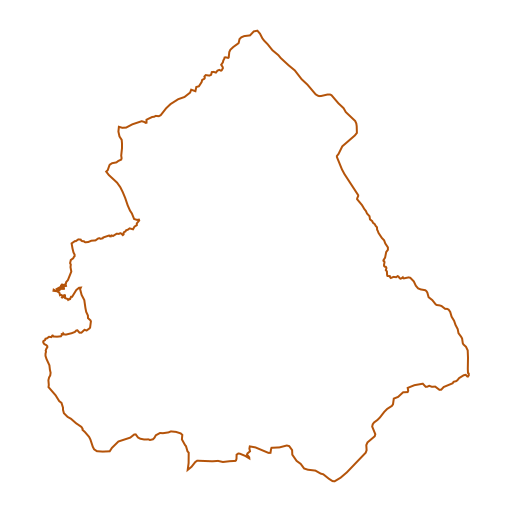 outline of Visinesti, Dâmbovita, Romania
{"feature_id": "2599482B49145117460111", "entity_name": "Visinesti", "entity_type": "district", "adm_level": 2, "iso_a3": "ROU", "parent_name": "Romania", "parent_adm1": "Dâmbovita", "projection": "albers", "projection_center": [25.566, 45.128], "detail": "fine", "context": "isolated", "style": "outline", "palette": "amber", "viewbox_px": 512, "rotation_deg": 0, "n_neighbors": 0, "source": "geoboundaries", "source_scale": "gbopen_adm2", "svg_char_len": 5911}
<svg xmlns="http://www.w3.org/2000/svg" viewBox="0 0 512 512"><path d="M468.7,373.5L468.0,373.0L467.8,368.9L468.0,357.8L467.7,350.4L466.0,346.8L463.4,344.4L462.8,343.3L462.1,338.5L461.1,336.7L458.5,333.2L457.7,329.1L455.5,324.9L454.1,320.8L451.6,316.7L450.2,311.9L448.6,309.6L447.1,308.9L445.2,308.9L441.5,306.0L439.6,305.4L436.7,305.0L435.7,304.4L432.3,300.1L428.6,297.2L427.3,292.5L426.3,291.0L425.2,290.2L420.7,289.4L418.1,288.4L415.8,285.7L413.8,281.4L410.3,277.8L408.6,277.4L403.8,278.4L403.2,278.1L402.8,277.3L401.6,278.3L400.4,278.7L399.7,278.2L398.5,276.6L397.7,276.1L396.2,277.2L393.5,276.9L390.8,278.0L390.2,277.4L389.8,276.1L387.5,276.0L387.1,275.0L386.9,271.4L385.8,270.1L386.4,268.2L386.3,267.6L385.8,266.8L384.8,266.7L384.1,266.0L384.0,265.0L384.5,262.2L384.3,261.4L383.6,261.1L383.4,260.3L385.1,257.6L386.2,252.0L387.9,249.8L387.9,247.4L385.3,243.5L384.1,240.3L381.8,237.9L378.5,232.9L377.7,230.7L377.1,229.7L377.0,227.5L376.7,226.9L375.8,226.1L374.7,224.1L373.0,222.8L372.2,221.1L370.0,219.4L369.5,216.2L367.0,213.5L365.9,211.0L364.3,209.0L362.0,205.1L357.1,199.2L357.2,198.3L358.2,196.0L358.2,195.2L344.4,174.0L341.9,169.3L336.9,157.0L336.9,156.0L338.5,154.0L342.3,146.3L354.8,135.5L356.9,132.9L356.7,126.2L356.3,123.5L355.2,121.0L345.8,112.1L343.6,108.2L338.4,103.3L331.5,95.2L330.0,94.5L327.6,94.5L321.1,96.0L319.1,96.1L317.7,95.6L315.6,94.3L307.4,84.6L301.6,79.2L294.8,70.4L288.6,65.3L280.7,58.0L278.4,55.2L272.4,50.2L267.6,44.2L264.1,40.6L262.4,38.4L260.0,33.7L257.4,30.7L253.8,31.4L250.0,35.4L244.2,36.1L241.3,37.3L239.5,39.1L238.7,42.9L238.4,43.3L233.4,46.9L230.4,49.7L229.3,52.0L228.7,57.5L228.2,57.9L225.6,57.3L224.6,57.5L224.3,58.7L223.3,60.5L222.9,62.3L221.2,64.8L222.6,66.9L222.9,68.1L221.7,70.3L221.0,70.7L219.3,69.9L217.5,70.6L215.9,72.6L213.7,71.9L211.8,72.1L211.1,74.8L209.4,75.6L205.7,75.1L204.4,76.5L204.8,77.9L204.3,78.8L202.2,79.9L201.6,82.1L198.9,86.3L196.3,87.0L195.4,91.2L191.2,89.7L190.1,92.6L184.5,97.0L178.2,99.2L170.5,104.1L166.1,108.3L160.7,115.2L158.8,116.2L155.7,115.9L154.3,116.7L152.1,117.0L146.5,119.7L146.5,122.7L145.7,122.9L144.1,121.9L141.7,121.2L132.4,124.3L126.1,127.6L122.3,127.8L118.9,126.8L118.4,131.6L119.5,136.5L121.7,139.9L122.0,143.5L122.0,148.2L121.2,155.6L121.6,158.2L121.2,159.6L118.4,160.9L116.4,162.4L112.1,163.2L109.9,164.6L109.5,165.1L107.7,170.2L106.2,171.6L108.8,175.0L117.1,182.7L120.3,187.2L122.7,192.0L125.2,198.0L127.7,205.4L130.0,210.6L131.9,213.5L134.1,219.0L137.0,219.9L138.9,219.6L139.2,220.5L136.8,223.4L136.8,225.2L134.5,226.6L133.0,229.3L129.6,228.4L127.7,229.8L126.2,230.2L125.4,231.5L124.2,232.0L123.6,232.8L123.6,234.4L122.8,235.1L121.3,233.6L120.3,233.2L118.8,233.9L116.7,233.7L113.0,236.0L111.6,235.4L111.1,235.6L110.8,236.4L109.8,236.3L109.1,235.5L103.2,237.5L102.7,238.3L100.5,238.8L99.4,238.2L98.1,238.5L95.5,240.4L91.4,240.7L88.3,242.0L85.5,242.3L84.6,242.0L84.0,241.3L82.1,241.1L81.3,240.6L80.7,239.6L78.3,239.4L75.9,241.1L74.9,241.1L71.6,243.4L72.5,248.5L73.5,252.5L74.6,254.6L74.6,256.2L73.9,256.9L73.2,258.3L70.8,260.0L70.1,263.1L70.8,264.6L70.5,267.1L71.3,271.6L67.9,280.1L66.1,282.2L66.0,283.3L65.3,284.1L65.7,284.6L66.0,285.9L64.6,286.1L64.6,285.2L62.0,284.5L61.0,285.6L60.9,286.7L56.9,288.9L57.7,289.6L58.6,289.6L59.2,288.2L60.3,288.7L60.8,288.0L61.8,287.7L61.8,286.5L63.5,285.8L64.0,285.9L63.6,286.9L64.0,288.4L63.9,288.9L60.0,288.9L59.9,289.7L59.5,290.1L55.5,290.7L53.7,289.7L53.5,290.8L57.4,291.3L58.1,292.0L59.3,292.5L60.0,295.2L60.9,294.8L62.8,295.8L62.5,296.6L61.9,297.3L62.2,297.6L63.6,297.0L63.5,295.8L63.7,295.4L64.7,295.1L65.0,295.3L65.1,298.1L67.4,298.9L68.1,299.9L69.0,299.1L69.3,299.4L70.1,299.1L71.0,296.8L72.1,296.8L76.3,290.0L79.0,287.8L80.8,287.6L80.1,289.1L81.6,294.9L84.3,300.1L85.4,307.9L86.2,311.9L87.9,315.5L88.0,318.1L90.5,320.4L90.9,321.4L90.1,327.5L89.6,328.3L86.6,330.5L84.5,329.8L81.4,332.7L79.5,332.7L77.4,330.3L76.3,330.5L74.8,332.0L71.7,333.2L65.9,334.6L64.0,334.4L63.2,333.4L62.8,334.4L61.8,334.2L61.8,335.0L60.9,336.3L57.0,336.7L53.5,336.5L52.7,335.5L52.3,335.6L51.4,337.1L49.0,336.8L46.9,338.4L45.5,338.7L45.0,340.1L43.4,341.1L43.2,341.7L43.3,342.6L44.3,344.1L46.4,345.2L47.3,346.2L47.3,347.4L46.5,348.4L45.7,350.5L46.0,351.8L45.5,353.7L45.5,355.9L46.5,359.0L49.4,365.3L49.9,369.7L50.6,372.8L50.2,375.5L49.1,377.4L48.4,380.2L48.8,385.0L48.5,387.1L55.6,395.3L59.2,401.1L61.5,402.9L63.0,407.7L63.0,409.8L63.9,413.2L67.6,416.9L71.0,418.8L76.0,423.2L81.4,426.9L82.6,428.8L82.5,429.8L84.9,432.0L89.1,436.9L90.4,439.5L92.8,446.8L94.1,449.3L96.9,451.2L102.7,451.6L109.7,451.3L111.9,447.9L118.4,441.5L130.3,437.6L134.2,434.5L135.7,434.4L138.0,437.5L140.2,438.7L144.2,439.5L148.6,439.4L149.9,440.0L153.0,439.3L154.5,437.7L155.8,435.3L160.0,433.0L162.9,433.2L168.5,432.4L170.9,431.4L176.0,431.9L180.7,433.4L182.3,434.9L181.9,439.4L185.0,445.0L186.0,446.2L187.5,451.3L188.7,452.7L188.6,463.1L187.7,469.9L191.5,466.8L195.3,462.0L197.2,460.7L212.4,461.3L218.0,460.9L222.9,462.0L229.8,461.2L235.4,460.9L236.0,460.4L236.5,458.7L236.6,454.7L238.3,453.5L239.9,453.7L245.2,455.9L249.3,458.4L249.2,457.3L247.0,454.6L247.5,453.4L250.0,451.3L249.4,448.6L249.8,446.4L255.4,447.4L268.5,452.9L269.6,452.9L270.5,452.8L271.0,449.4L271.5,447.8L279.5,447.4L286.8,445.5L289.2,446.1L292.1,450.1L292.3,454.7L296.6,460.9L300.7,463.9L304.1,468.5L307.8,469.7L315.4,470.6L320.7,473.6L323.3,474.3L328.8,478.7L332.5,481.1L334.6,481.3L340.6,477.7L346.8,472.4L365.7,452.7L366.6,450.2L366.3,445.1L367.5,442.4L374.7,436.3L375.3,434.2L372.2,426.6L372.7,424.3L374.0,422.5L377.4,420.0L379.9,417.5L384.4,411.7L387.2,408.9L391.9,405.9L393.0,404.3L393.8,398.6L398.1,396.9L403.1,392.3L407.6,392.1L408.2,390.8L407.7,387.9L414.4,385.2L422.8,383.7L425.7,386.8L427.3,386.7L429.2,385.8L431.9,386.8L435.2,386.6L439.4,389.8L441.2,389.7L443.7,387.0L452.6,383.3L453.6,381.8L456.3,381.1L457.5,380.1L459.1,378.1L463.6,375.3L465.7,374.8L467.3,376.5L467.9,376.6L468.8,375.3L468.7,373.5Z" fill="none" stroke="#b45309" stroke-width="2"/></svg>